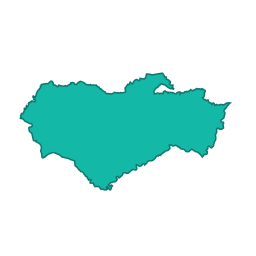 Bondo, Orientale, Democratic Republic of the Congo (Albers equal-area conic projection), rotated 171°
{"feature_id": "63176286B80368275017521", "entity_name": "Bondo", "entity_type": "district", "adm_level": 2, "iso_a3": "COD", "parent_name": "Democratic Republic of the Congo", "parent_adm1": "Orientale", "projection": "albers", "projection_center": [23.994, 4.253], "detail": "fine", "context": "isolated", "style": "filled", "palette": "teal", "viewbox_px": 256, "rotation_deg": 171, "n_neighbors": 0, "source": "geoboundaries", "source_scale": "gbopen_adm2", "svg_char_len": 5837}
<svg xmlns="http://www.w3.org/2000/svg" viewBox="0 0 256 256"><g transform="rotate(171 128 128)"><path d="M167.5,181.5L169.1,181.3L169.4,180.6L170.4,180.5L172.2,179.0L173.7,179.5L174.2,180.1L174.1,180.7L174.8,181.3L175.6,181.6L176.5,181.3L177.3,181.7L177.6,181.5L177.8,180.2L178.6,180.3L179.2,179.9L180.2,179.8L181.4,178.9L182.5,178.9L182.8,179.5L185.3,179.4L188.8,180.6L189.4,181.1L189.8,181.1L190.4,179.9L191.6,180.1L192.9,181.6L194.7,182.2L195.1,182.6L195.1,182.9L194.8,183.5L195.0,184.9L195.8,186.1L196.2,186.3L197.3,186.2L200.0,184.3L202.0,184.7L203.1,184.5L204.2,184.8L204.9,184.5L206.0,184.6L206.7,184.4L207.0,184.2L207.3,183.2L208.1,182.9L207.9,182.0L208.2,181.4L209.3,180.7L210.0,179.6L210.9,179.4L211.8,178.4L212.0,177.7L212.8,176.9L214.1,173.8L214.7,173.6L214.9,172.6L215.3,172.6L215.8,173.8L216.3,174.4L216.7,174.4L217.1,173.5L216.5,172.3L216.7,171.0L215.0,170.0L215.7,168.7L216.0,168.5L216.9,168.8L218.6,169.8L219.3,169.1L219.8,169.3L220.5,169.1L220.9,168.3L222.0,168.5L222.6,167.5L222.4,166.8L223.7,164.9L224.3,164.7L224.8,165.8L225.3,164.9L225.3,163.6L226.0,162.8L226.4,162.9L227.0,163.7L227.5,163.4L227.4,162.7L226.9,162.2L227.9,161.2L228.7,159.6L229.9,158.6L230.6,159.0L232.1,157.2L232.1,155.6L232.8,154.3L231.7,153.9L230.5,153.8L230.2,153.0L229.3,152.0L228.7,150.8L225.7,148.8L224.9,148.0L223.4,147.5L222.4,146.8L222.1,145.4L222.6,144.6L223.3,144.3L224.6,144.3L225.8,144.0L226.1,141.6L225.8,140.0L224.0,137.9L223.8,137.3L223.4,131.0L222.7,130.0L220.7,129.8L221.1,129.1L220.7,128.5L218.6,127.1L217.6,126.1L216.6,124.1L216.5,123.0L216.8,121.3L217.7,119.5L217.8,118.8L217.3,116.2L217.5,112.2L217.1,111.9L215.4,111.9L211.4,114.4L206.4,115.6L204.8,115.2L199.9,112.3L197.7,109.7L190.7,106.8L189.6,105.7L188.7,105.4L186.4,104.1L185.8,103.6L186.2,99.1L184.3,97.0L183.0,94.3L182.2,93.7L181.7,92.6L180.0,91.8L179.4,91.2L178.9,90.4L178.5,89.0L177.5,88.0L177.6,87.2L176.0,86.2L176.0,85.0L175.3,84.2L175.4,83.4L175.1,82.7L173.4,83.1L172.8,82.9L172.6,82.5L173.4,81.6L173.8,80.8L174.0,80.1L173.8,79.4L171.1,79.1L170.4,76.4L169.8,75.3L166.5,74.9L165.3,74.0L164.7,72.2L164.4,71.9L161.7,71.1L161.1,70.6L159.0,70.3L158.0,70.8L157.9,71.4L158.6,72.7L158.5,73.1L157.8,73.4L155.8,69.9L155.0,69.7L154.6,70.0L154.1,70.8L153.7,72.4L152.7,72.8L152.4,73.3L153.2,74.2L154.7,73.8L155.5,73.9L156.0,74.4L156.1,75.2L154.8,75.8L153.6,76.8L151.9,76.7L150.8,77.2L149.9,76.9L148.5,77.1L146.8,78.7L146.8,79.3L147.5,80.8L147.2,81.5L146.9,81.7L145.4,81.8L145.3,80.4L144.3,80.1L141.2,82.1L139.7,84.3L137.5,84.3L136.2,83.3L135.4,83.3L134.0,83.7L131.1,85.8L128.9,86.2L127.6,85.4L126.4,85.4L125.5,86.7L125.8,88.5L125.5,90.4L124.9,90.3L123.1,88.6L121.9,88.4L120.5,88.8L119.5,89.8L118.6,90.2L117.0,89.7L117.1,89.0L115.2,90.2L113.5,92.1L111.0,92.2L109.6,92.0L108.7,92.1L106.1,93.6L104.2,95.8L103.3,95.8L102.6,95.5L101.8,96.4L100.5,95.8L97.0,98.3L96.7,98.3L97.1,98.0L96.3,98.3L94.6,99.5L92.2,99.5L91.6,99.8L89.8,101.2L89.8,104.7L88.6,104.7L86.6,103.2L83.7,103.4L82.6,103.0L81.5,101.5L80.1,101.0L79.9,100.2L78.9,99.0L76.5,98.4L75.5,97.5L74.5,95.9L73.5,95.3L71.5,95.2L68.4,97.2L65.0,94.1L62.9,93.2L60.5,90.2L59.1,87.7L56.8,89.9L54.5,89.7L53.6,90.7L53.3,92.3L54.3,93.6L54.1,94.1L52.4,95.0L52.2,96.5L51.7,97.1L51.3,97.5L50.7,97.4L49.0,95.4L48.5,95.3L46.6,96.7L46.1,97.4L46.1,98.2L45.7,99.0L44.7,101.0L43.3,102.5L43.1,103.1L42.8,104.8L42.7,107.7L41.1,109.8L40.9,111.8L40.4,113.1L39.7,113.8L39.2,113.8L38.6,113.4L37.9,112.5L35.5,112.2L33.6,113.1L33.6,116.5L32.7,117.9L33.0,118.7L35.0,119.5L35.3,119.9L35.0,121.3L34.3,121.5L32.0,122.8L31.6,123.3L29.9,127.4L30.0,128.3L30.7,129.2L30.3,130.5L29.0,131.8L28.3,132.2L26.5,134.3L24.9,135.4L23.9,136.4L23.2,136.7L24.4,137.1L25.3,137.0L26.8,137.3L28.1,136.5L30.1,135.9L32.7,136.8L35.6,136.4L36.9,137.4L38.2,136.8L38.6,136.8L39.1,138.8L40.0,139.4L41.4,138.2L41.9,139.5L42.7,140.0L43.6,140.1L44.5,142.1L44.5,143.1L45.5,143.1L46.3,142.8L47.2,143.8L48.0,143.9L49.7,146.0L48.7,146.4L47.8,147.5L47.1,149.4L47.2,151.1L46.1,151.6L45.9,152.9L48.1,154.9L48.9,154.6L49.1,155.2L50.1,154.5L50.5,154.6L50.8,155.4L51.8,155.7L52.7,155.3L54.0,156.3L55.9,155.3L57.2,155.2L57.9,154.7L58.6,154.7L59.0,155.2L59.7,155.6L60.0,156.1L61.0,155.3L61.5,155.3L62.1,154.6L62.9,154.8L64.0,154.5L64.6,155.0L65.3,154.6L65.9,155.0L66.7,154.7L67.3,154.0L67.9,153.8L68.7,154.2L70.2,154.3L71.1,153.5L70.7,155.0L71.1,155.5L72.7,155.7L73.4,155.2L74.1,155.2L74.7,154.4L76.0,154.5L77.9,155.4L77.9,155.7L78.9,156.2L80.0,156.3L80.8,156.6L81.0,156.4L81.7,156.6L82.6,156.3L82.4,156.8L82.7,157.1L83.4,156.9L84.0,157.6L85.3,158.2L85.7,158.9L87.3,158.2L87.9,157.1L87.9,156.5L88.7,156.5L90.0,157.2L91.5,156.8L91.9,157.5L93.3,157.9L96.5,157.5L96.7,158.3L96.7,159.4L96.6,160.3L96.1,161.1L93.7,163.2L93.4,163.5L92.4,163.4L91.1,164.8L90.0,165.0L89.2,166.2L88.2,166.3L84.5,164.6L82.5,162.2L80.0,160.2L78.4,160.0L77.1,159.2L76.7,159.7L78.0,161.4L77.4,161.9L76.9,163.3L79.4,163.7L80.3,164.9L79.2,165.8L78.9,167.3L79.4,167.3L80.4,169.1L82.5,170.3L82.2,172.2L82.7,172.6L83.5,172.5L83.8,173.0L84.0,174.0L84.7,175.0L85.0,176.4L85.6,176.8L95.8,176.7L98.1,177.7L101.1,178.5L101.9,177.3L102.0,176.3L102.5,175.3L104.0,173.9L106.1,174.3L108.3,175.2L109.0,173.3L109.8,173.1L111.3,174.3L112.2,174.6L112.7,174.5L114.2,173.8L115.3,172.8L116.6,170.9L117.3,171.3L118.6,173.0L120.1,170.8L120.8,170.7L121.2,171.2L121.5,171.1L123.3,169.0L124.6,168.1L124.8,166.0L124.4,165.1L125.0,164.0L127.8,163.5L129.6,164.2L130.7,163.7L132.0,164.5L132.5,164.5L133.1,164.1L134.6,165.0L135.3,164.9L135.9,165.3L137.7,164.4L139.4,164.2L140.2,164.7L141.1,164.6L142.2,165.2L144.0,165.4L144.6,166.0L145.1,167.4L146.2,168.0L147.8,169.6L148.6,170.9L149.7,171.2L150.3,173.0L150.8,172.9L151.7,174.1L152.4,174.4L152.7,175.4L154.4,175.5L156.1,176.1L156.8,175.8L157.6,176.1L158.3,176.9L160.0,176.4L160.8,177.2L161.9,177.1L162.7,177.6L163.0,178.2L164.6,179.8L167.5,181.5Z" fill="#14b8a6" stroke="#0f766e" stroke-width="1.5"/></g></svg>